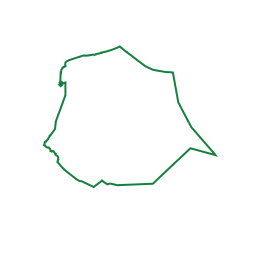 Tepoztlán, Morelos, Mexico, rotated 123°
{"feature_id": "50627088B16515599651569", "entity_name": "Tepoztlán", "entity_type": "district", "adm_level": 2, "iso_a3": "MEX", "parent_name": "Mexico", "parent_adm1": "Morelos", "projection": "robinson", "projection_center": [-99.113, 18.993], "detail": "fine", "context": "isolated", "style": "outline", "palette": "green", "viewbox_px": 256, "rotation_deg": 123, "n_neighbors": 0, "source": "geoboundaries", "source_scale": "gbopen_adm2", "svg_char_len": 4444}
<svg xmlns="http://www.w3.org/2000/svg" viewBox="0 0 256 256"><g transform="rotate(123 128 128)"><path d="M64.2,179.2L64.3,179.2L64.7,179.6L65.0,179.8L65.3,180.0L65.6,180.2L66.1,180.5L66.3,180.6L66.6,180.8L67.0,181.1L67.4,181.4L67.8,181.7L68.3,182.0L68.7,182.3L68.8,182.4L69.5,182.9L69.8,183.1L70.1,183.3L70.6,183.7L71.1,184.1L71.4,184.3L71.8,184.5L72.5,185.1L72.8,185.4L73.7,186.2L74.6,186.9L75.7,187.9L76.5,188.6L77.2,189.3L77.4,189.5L77.6,189.7L77.8,190.0L78.0,190.2L78.3,190.4L78.5,190.6L78.7,190.8L78.8,190.8L79.0,191.0L79.2,191.3L79.4,191.1L79.5,191.2L79.9,191.6L80.0,191.7L80.1,191.8L80.4,192.1L80.6,192.3L80.8,192.5L81.0,192.7L81.2,192.8L81.3,193.0L81.7,193.3L82.0,193.6L82.5,194.1L82.7,194.3L83.1,194.8L83.5,195.1L83.8,195.0L84.0,195.1L84.2,195.3L84.7,195.8L85.2,196.3L85.2,196.7L85.2,196.8L85.3,197.1L85.6,197.4L85.8,197.7L86.1,197.9L86.2,198.0L86.3,198.1L86.7,198.5L86.9,198.7L87.1,199.0L87.3,199.1L87.5,199.3L88.0,199.9L88.2,200.2L88.4,200.5L88.6,200.7L88.7,200.8L88.8,200.9L89.1,201.0L89.1,201.3L89.3,201.5L89.5,201.7L89.6,201.8L89.7,202.0L89.9,202.3L90.0,202.4L90.1,202.5L90.3,202.8L90.4,203.0L90.5,203.1L90.4,203.2L90.7,203.6L91.0,203.9L91.0,204.0L91.3,204.4L91.4,204.7L91.5,205.0L92.0,205.3L93.1,206.2L94.2,207.1L103.7,214.8L103.8,214.8L104.0,214.9L104.6,215.2L104.8,215.3L105.4,215.6L105.5,215.7L105.8,215.8L106.0,215.9L106.3,216.0L106.9,216.2L107.0,216.2L107.3,216.0L107.4,215.9L107.8,215.8L108.1,215.6L108.3,215.5L109.0,215.2L109.3,214.9L109.5,214.6L109.7,214.3L109.8,214.2L110.0,214.1L110.4,214.2L110.4,214.3L110.5,214.3L110.8,214.4L110.7,214.6L111.3,215.0L111.7,215.2L112.1,215.4L112.6,215.3L112.7,215.6L112.9,215.7L113.2,215.7L113.5,215.7L114.3,215.6L115.2,215.5L115.4,215.5L115.5,215.5L116.0,215.4L116.8,214.9L117.6,214.6L117.9,214.4L118.4,214.2L118.4,214.5L125.6,210.3L125.5,209.7L125.5,209.1L125.5,208.7L125.6,208.4L125.7,208.5L125.8,209.5L126.7,209.9L127.2,210.0L127.3,209.1L127.8,209.2L127.8,208.3L127.7,208.0L127.3,207.8L127.3,207.7L127.7,208.0L129.1,209.0L129.1,208.9L129.2,208.3L129.4,207.7L129.5,207.7L129.6,207.3L129.0,207.1L128.7,207.0L128.3,206.9L128.2,206.8L127.8,206.9L127.3,206.9L127.2,206.9L125.7,206.6L125.3,206.2L124.7,205.9L124.2,205.6L123.9,205.3L134.5,198.4L150.7,194.6L154.1,193.9L155.0,193.7L156.6,193.3L160.5,192.4L162.5,191.9L162.7,191.7L162.8,191.5L163.0,191.5L164.7,190.6L166.0,190.0L166.7,189.6L167.6,189.2L168.5,188.7L170.5,188.8L171.2,188.8L171.9,188.9L172.2,188.9L173.0,188.9L173.7,188.9L174.4,189.0L175.0,189.0L175.4,189.0L175.8,189.0L176.0,189.0L176.3,189.0L176.7,189.4L176.8,189.5L177.2,189.5L177.6,189.1L179.6,189.2L179.8,189.2L180.0,189.2L180.4,189.0L180.5,189.0L180.8,189.1L180.9,188.9L181.0,188.9L181.3,189.0L181.5,189.2L181.9,189.2L182.2,189.2L182.4,189.2L182.8,189.3L183.0,189.3L183.4,189.5L183.5,189.6L183.8,189.6L183.9,189.4L184.1,189.3L184.3,189.5L184.5,189.8L184.8,190.0L185.0,190.1L185.3,190.1L185.6,190.0L185.8,189.9L186.1,189.7L186.4,189.6L186.7,189.5L187.1,189.4L187.3,189.3L187.5,189.3L187.8,189.3L188.0,189.3L188.0,189.0L188.0,188.6L187.9,188.3L187.9,188.0L188.0,187.7L188.1,187.4L188.2,187.0L188.2,186.9L188.2,187.0L188.3,187.0L188.4,185.9L188.4,185.4L188.4,185.2L187.9,184.4L187.9,184.5L187.5,184.0L187.5,183.5L187.5,183.4L187.6,183.2L187.9,182.6L188.1,182.2L188.3,181.9L188.6,181.5L188.8,180.8L189.6,180.3L188.9,179.5L189.1,179.0L188.3,178.5L188.1,178.2L188.1,177.5L188.3,177.4L188.6,176.8L188.6,176.7L188.9,176.0L189.0,174.6L189.7,174.6L190.1,173.5L189.9,172.6L190.1,171.5L190.9,170.4L191.6,170.1L192.4,169.2L193.3,169.3L193.7,168.9L195.0,168.7L195.3,167.8L195.7,165.9L196.5,163.3L197.0,161.1L197.7,158.1L197.8,157.2L198.3,152.0L199.0,143.9L198.9,139.9L197.9,137.9L196.2,124.7L186.9,121.3L186.2,121.2L186.4,120.3L186.5,117.1L186.5,114.6L185.5,113.9L184.1,112.3L181.9,106.0L161.2,76.8L127.6,68.7L127.1,68.5L111.0,64.6L103.2,40.2L103.1,39.8L102.9,40.2L92.8,75.4L79.2,99.7L57.0,120.6L58.8,124.0L60.2,126.3L60.7,127.3L62.2,130.8L64.4,135.8L64.6,136.3L65.0,137.3L65.2,137.7L65.3,138.1L65.5,138.7L65.5,138.8L65.6,139.0L65.7,139.6L66.0,142.0L66.2,143.3L66.3,143.9L66.3,144.0L66.5,145.3L66.5,145.5L66.7,146.2L66.7,146.3L66.7,146.5L66.7,147.8L66.6,148.8L66.4,152.1L66.3,153.2L66.2,155.1L66.2,155.3L66.2,155.7L66.1,156.1L66.1,156.5L65.9,159.0L65.6,162.5L65.5,163.3L65.4,165.3L65.2,168.5L64.9,170.2L65.1,170.3L65.0,171.5L64.9,172.1L64.8,173.8L64.6,175.3L64.5,176.1L64.4,177.3L64.3,177.6L64.3,177.8L64.2,178.9L64.2,179.2Z" fill="none" stroke="#15803d" stroke-width="2"/></g></svg>